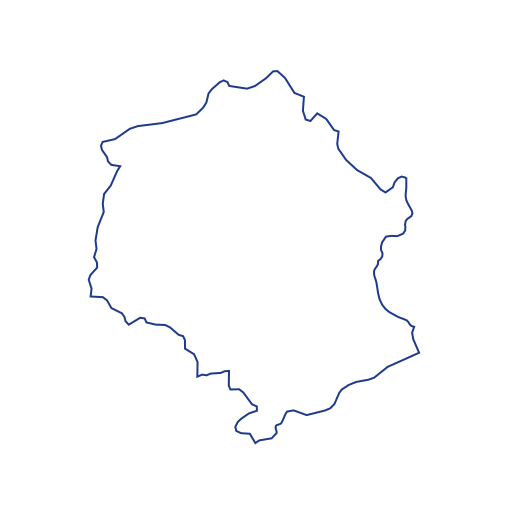 an SVG outline of Dytiki Makedonia, rotated 158°
{"feature_id": "GRC-2892", "entity_name": "Dytiki Makedonia", "entity_type": "Region", "adm_level": 1, "iso_a3": "GRC", "parent_name": "Greece", "parent_adm1": "", "projection": "equal_earth", "projection_center": [21.4, 40.362], "detail": "fine", "context": "isolated", "style": "outline", "palette": "blue", "viewbox_px": 512, "rotation_deg": 158, "n_neighbors": 0, "source": "natural_earth", "source_scale": "10m", "svg_char_len": 2267}
<svg xmlns="http://www.w3.org/2000/svg" viewBox="0 0 512 512"><g transform="rotate(158 256 256)"><path d="M128.2,225.3L134.1,221.3L136.4,218.1L137.1,216.6L137.8,214.8L137.7,211.0L139.1,208.3L141.6,206.5L144.6,205.7L146.2,202.5L148.4,200.8L150.6,199.5L152.2,197.8L153.4,194.7L153.8,192.3L153.9,189.7L154.3,186.2L156.8,175.4L157.6,169.8L157.3,163.7L155.8,158.4L153.4,154.0L147.2,146.4L140.5,140.1L139.5,137.8L139.1,135.3L138.2,133.0L135.9,131.1L140.0,126.4L141.4,119.8L141.0,105.2L175.5,103.9L192.1,98.9L198.2,99.2L206.8,101.0L210.4,101.7L218.4,101.7L226.4,100.1L230.0,98.0L238.6,89.5L244.1,87.0L249.9,86.9L267.8,89.4L268.6,89.5L279.0,98.8L285.5,100.1L287.6,98.7L293.1,93.3L295.4,91.4L296.8,91.2L300.1,91.4L301.3,91.0L302.2,89.3L302.7,85.3L303.2,84.1L309.8,81.1L322.0,83.8L326.7,82.8L328.3,93.5L336.2,97.3L339.8,101.2L339.2,105.3L335.1,108.9L330.5,110.7L321.6,112.7L313.1,112.2L311.6,116.2L315.3,120.1L318.9,134.2L321.6,138.8L329.7,141.8L329.8,146.0L324.1,159.5L328.2,160.9L332.5,160.8L342.2,164.0L346.5,163.9L350.4,166.2L355.6,166.1L349.9,179.6L350.2,188.1L356.5,196.7L353.4,204.6L353.6,208.9L357.3,212.0L362.5,222.1L366.1,226.1L374.8,230.0L382.5,235.5L382.6,239.8L386.5,242.1L399.7,240.0L401.4,244.5L400.8,248.6L401.7,253.0L409.6,261.9L410.7,270.6L413.4,275.2L424.5,280.4L420.7,287.4L420.0,296.6L416.8,300.3L407.6,304.8L405.9,309.6L406.6,315.6L401.2,322.3L399.0,330.5L392.0,342.0L380.7,353.8L378.5,361.9L373.6,370.4L364.3,375.7L353.1,386.6L348.3,390.1L356.0,394.7L357.8,399.2L357.1,403.4L359.1,412.2L358.4,416.3L355.4,419.2L343.0,417.2L325.3,421.2L316.9,420.7L293.3,414.4L258.4,409.7L249.3,413.4L244.5,416.9L239.1,424.5L234.4,427.2L224.5,430.7L220.2,430.9L217.3,427.9L217.1,423.7L201.6,414.5L193.2,414.0L180.0,417.1L170.9,420.8L166.9,419.4L162.4,410.2L159.3,392.8L151.9,385.7L158.1,373.1L158.8,363.9L155.0,360.8L145.8,365.3L139.5,356.7L136.5,343.6L132.8,340.5L138.7,329.5L139.5,324.6L136.5,311.4L130.1,297.8L120.2,285.3L115.6,271.1L112.1,266.4L103.3,268.5L100.1,272.2L95.5,274.9L91.2,275.1L88.3,272.9L87.5,271.8L91.2,262.7L93.8,257.8L94.9,255.3L95.7,251.5L95.6,248.2L94.6,239.8L95.0,236.9L97.1,234.8L102.0,233.6L104.1,232.4L106.0,229.3L106.9,226.3L108.2,223.7L111.3,221.6L117.6,221.5L123.0,224.0L128.2,225.3Z" fill="none" stroke="#1e3a8a" stroke-width="2"/></g></svg>